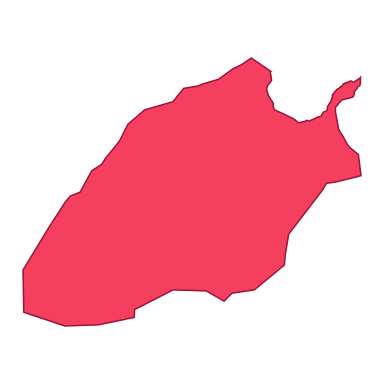 Ugtaalcaidam, Töv, Mongolia (Natural Earth projection)
{"feature_id": "93677404B35581268375845", "entity_name": "Ugtaalcaidam", "entity_type": "district", "adm_level": 2, "iso_a3": "MNG", "parent_name": "Mongolia", "parent_adm1": "Töv", "projection": "natural_earth1", "projection_center": [105.657, 48.203], "detail": "fine", "context": "isolated", "style": "filled", "palette": "rose", "viewbox_px": 384, "rotation_deg": 0, "n_neighbors": 0, "source": "geoboundaries", "source_scale": "gbopen_adm2", "svg_char_len": 2766}
<svg xmlns="http://www.w3.org/2000/svg" viewBox="0 0 384 384"><path d="M358.4,154.6L349.3,147.0L347.4,144.4L345.3,140.7L344.5,139.2L342.8,136.0L341.4,134.0L340.9,133.0L340.3,132.1L339.8,131.2L339.2,130.2L338.6,129.1L335.4,111.5L335.6,107.2L340.0,101.9L341.9,100.2L343.0,99.5L349.5,98.1L352.1,97.3L353.4,96.4L353.9,95.4L354.3,93.1L354.3,91.2L354.9,91.0L355.3,90.6L355.9,89.8L356.9,88.6L357.4,87.8L357.6,86.9L358.1,86.5L359.1,86.0L359.9,85.4L360.4,83.1L360.5,77.3L359.4,78.4L358.7,78.9L358.0,79.4L357.2,80.1L356.8,80.2L356.3,80.3L355.8,80.5L355.4,80.9L355.2,81.3L354.6,81.8L354.0,82.1L353.5,82.2L352.9,82.0L352.3,81.8L352.0,81.4L351.5,81.1L350.9,81.0L350.5,81.0L350.1,81.1L349.9,81.4L349.5,81.6L349.1,81.7L348.9,81.9L348.7,82.2L348.4,82.2L348.2,82.0L347.8,82.1L347.4,82.4L346.8,82.6L346.0,82.7L345.6,82.7L345.1,83.1L345.0,83.6L344.4,83.7L344.1,83.8L343.7,83.8L343.3,84.0L343.2,84.0L343.2,84.3L343.2,84.5L342.8,84.9L342.7,85.0L342.4,85.4L342.2,85.6L342.1,85.8L341.7,86.3L341.5,86.5L341.2,86.5L340.8,86.7L340.5,86.7L340.2,86.8L339.7,87.6L339.5,88.0L338.8,88.5L338.7,88.6L337.8,89.0L337.4,89.1L337.2,89.3L336.9,89.5L336.7,89.8L336.5,90.1L335.8,90.6L335.5,91.1L335.0,91.3L334.9,91.5L334.9,91.8L334.7,92.1L334.4,92.4L334.3,92.7L333.9,93.2L333.4,93.7L333.0,93.9L333.0,94.1L333.0,94.5L332.8,94.8L332.7,94.9L332.4,95.2L332.2,96.0L332.2,96.3L332.3,96.6L332.4,97.1L332.2,97.7L331.9,98.1L331.7,98.8L331.4,99.6L331.3,100.0L331.0,100.8L330.8,101.4L330.8,101.6L330.7,101.6L330.1,102.6L329.3,103.7L328.9,104.3L328.8,104.5L328.6,105.2L328.3,105.5L328.2,105.7L327.9,105.9L327.8,106.1L327.6,106.3L327.5,106.6L327.3,108.6L327.1,109.9L326.7,110.5L325.9,111.2L324.9,111.5L324.1,111.8L323.6,112.0L323.2,112.3L322.7,113.1L321.4,115.7L320.4,116.5L319.0,116.8L317.8,117.0L316.5,117.6L315.3,118.3L314.1,118.8L312.8,119.5L311.2,120.1L309.8,120.8L308.6,121.0L307.1,120.3L305.8,120.8L305.0,121.2L303.5,121.6L301.8,122.0L299.3,122.7L298.4,122.4L297.9,122.3L296.9,121.6L296.7,121.3L296.4,121.1L295.7,120.4L294.2,119.3L292.3,118.2L292.0,118.0L290.5,117.3L288.9,116.6L286.1,115.2L284.6,114.4L283.0,113.7L282.9,113.6L282.7,113.5L280.3,112.4L278.1,111.5L276.0,110.5L274.6,109.9L274.2,109.2L273.4,106.9L273.3,104.4L273.3,103.5L273.3,103.3L270.8,99.6L268.4,95.4L266.7,89.8L267.3,86.2L271.6,80.4L270.2,71.0L270.3,71.0L251.2,58.0L241.5,64.7L233.0,68.7L218.5,79.3L201.7,84.3L198.3,85.9L183.6,88.4L173.0,101.7L144.7,109.8L127.9,124.3L119.5,141.0L105.5,158.3L101.8,164.2L91.8,170.7L80.1,192.1L70.3,196.1L65.2,202.1L48.9,227.4L23.0,270.0L23.8,312.3L64.8,326.0L98.5,324.8L134.2,317.4L134.6,309.6L173.0,289.9L206.1,290.9L224.1,301.2L231.9,293.2L254.3,289.9L284.4,265.0L285.3,254.6L288.7,234.1L322.8,189.7L326.4,183.3L335.9,182.0L361.0,175.7L358.4,154.6Z" fill="#f43f5e" stroke="#9f1239" stroke-width="1.5"/></svg>